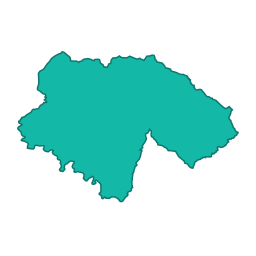 Thaba-Mokhele, Mohale's Hoek, Lesotho (Natural Earth projection), rotated 272°
{"feature_id": "5366337B93418008192528", "entity_name": "Thaba-Mokhele", "entity_type": "district", "adm_level": 2, "iso_a3": "LSO", "parent_name": "Lesotho", "parent_adm1": "Mohale's Hoek", "projection": "natural_earth1", "projection_center": [27.545, -30.078], "detail": "fine", "context": "isolated", "style": "filled", "palette": "teal", "viewbox_px": 256, "rotation_deg": 272, "n_neighbors": 0, "source": "geoboundaries", "source_scale": "gbopen_adm2", "svg_char_len": 5807}
<svg xmlns="http://www.w3.org/2000/svg" viewBox="0 0 256 256"><g transform="rotate(272 128 128)"><path d="M201.4,151.6L201.7,149.6L200.7,147.0L200.4,144.3L196.0,141.6L197.0,139.9L197.1,138.4L198.1,137.4L197.1,134.7L198.1,131.6L199.8,127.3L198.3,124.7L198.0,123.4L198.2,118.9L199.7,116.9L198.1,114.6L197.6,112.8L197.6,110.8L196.6,109.7L195.3,108.9L191.9,108.4L191.3,106.5L189.1,105.8L187.9,105.1L188.2,103.5L187.9,102.1L190.5,100.7L191.7,98.3L193.0,97.8L194.9,97.4L195.5,96.7L195.6,95.1L195.3,92.5L194.1,91.6L195.6,87.3L195.9,85.7L195.9,84.7L195.5,83.8L195.4,82.3L194.9,80.9L194.1,80.1L193.3,79.6L192.8,77.4L191.9,76.6L193.0,74.5L193.0,71.0L192.8,69.8L193.2,68.3L195.9,67.9L197.0,67.1L201.3,61.5L201.8,60.3L201.8,59.5L199.9,57.8L199.6,56.3L197.3,52.3L194.9,49.3L190.6,46.4L189.6,45.3L184.5,42.1L183.4,41.0L181.6,37.9L179.4,36.6L170.1,37.3L167.6,37.0L165.4,36.2L163.3,36.2L162.6,37.0L161.7,39.0L160.7,40.0L159.6,41.5L158.8,43.3L158.7,44.0L158.3,44.5L156.4,44.6L156.3,44.1L156.0,43.9L155.6,44.3L155.6,45.2L155.2,45.4L154.8,45.2L154.5,44.6L153.5,44.4L153.4,43.4L153.1,43.4L152.7,44.8L151.8,45.1L151.1,45.9L150.8,45.7L150.7,44.3L150.4,44.1L150.7,43.4L150.5,43.1L149.1,42.1L147.9,40.5L147.8,40.0L147.3,39.5L144.5,38.0L144.1,37.5L143.8,35.6L143.3,34.1L143.4,33.0L143.2,32.4L142.4,31.6L140.6,30.8L137.3,25.9L136.4,25.0L135.9,24.7L134.7,21.5L133.5,21.3L133.1,20.4L132.7,20.2L131.0,19.7L131.0,18.8L130.9,18.5L129.4,18.8L128.9,19.4L128.1,21.7L127.6,22.0L127.1,21.8L126.1,19.7L125.2,18.6L124.4,18.0L123.5,17.9L122.5,18.5L120.9,20.6L120.1,21.4L118.9,21.5L116.8,22.4L116.4,23.0L115.8,25.1L115.0,25.5L114.2,24.5L114.0,23.4L112.9,22.3L112.1,21.8L111.8,21.9L111.5,22.4L111.2,25.0L109.5,28.4L109.0,28.8L108.3,28.8L106.3,28.2L104.3,28.2L103.9,30.8L103.7,34.1L104.5,34.9L106.7,35.4L107.1,35.7L107.4,36.1L107.5,37.4L107.0,40.3L107.3,43.7L107.1,44.7L106.5,45.0L105.7,44.9L104.5,44.2L103.8,44.2L102.4,45.4L101.9,46.6L101.5,48.0L101.6,49.5L102.5,50.3L103.4,51.7L103.4,53.3L102.8,54.1L101.5,53.3L100.6,53.4L99.6,54.0L98.5,55.6L97.6,57.9L96.9,58.5L95.5,58.7L94.9,58.5L94.3,58.8L93.8,59.6L93.8,60.6L93.5,61.3L92.7,61.6L92.3,62.0L90.4,61.4L89.6,62.1L88.5,62.6L86.5,62.6L84.3,61.1L83.8,61.0L82.6,61.9L82.6,62.7L82.3,64.4L82.9,65.1L84.3,66.2L85.4,66.2L85.7,65.8L86.5,65.6L89.1,66.3L89.9,67.4L90.3,68.7L91.6,69.6L93.0,72.0L93.1,72.6L92.6,74.1L92.5,75.4L91.5,75.6L89.8,74.3L87.7,73.6L87.1,73.7L86.2,74.2L85.1,75.7L84.4,75.9L82.6,75.6L82.1,75.9L81.9,77.0L82.5,78.6L82.6,79.7L81.8,83.7L81.4,84.7L80.3,85.5L78.8,85.9L76.2,85.2L75.7,85.5L74.0,87.3L73.7,88.0L73.8,88.7L76.7,91.2L77.0,92.2L78.5,94.3L78.4,94.6L77.0,95.3L75.3,95.3L71.7,93.9L70.7,94.3L70.6,95.8L71.1,97.0L71.7,97.7L72.2,97.9L73.8,96.9L74.4,97.0L74.8,97.8L74.2,99.1L71.6,102.1L71.0,102.5L69.5,102.9L64.2,103.2L62.8,102.9L61.8,101.7L61.1,101.4L60.5,101.8L60.1,102.9L59.7,103.4L58.8,103.9L56.8,104.4L56.5,104.9L56.5,105.4L58.1,106.9L58.0,107.5L57.2,107.9L57.0,111.1L57.0,111.7L58.5,113.8L58.6,115.2L58.6,117.6L57.0,120.4L54.5,122.6L54.2,123.4L54.2,123.9L54.3,124.4L55.0,125.5L58.8,127.9L60.3,129.9L61.5,130.2L61.6,129.7L62.2,129.5L62.5,129.8L62.9,129.7L63.1,130.1L63.8,130.2L64.3,130.7L65.0,132.8L65.8,133.4L66.5,133.6L67.2,133.4L68.2,133.9L68.6,134.7L69.9,134.2L70.9,134.2L71.5,133.9L73.8,133.8L74.6,133.6L76.4,134.1L78.2,134.0L81.3,134.4L82.5,134.0L83.0,134.7L84.4,135.3L86.2,135.5L87.9,136.1L89.1,136.1L89.8,136.9L90.4,137.0L90.9,138.1L91.8,138.0L93.2,137.1L94.1,137.7L97.0,140.2L99.8,141.3L102.5,141.8L103.0,141.5L105.3,142.6L106.2,142.7L106.4,140.7L107.3,141.2L107.5,141.9L108.4,142.7L108.6,143.3L109.1,143.4L110.1,142.9L110.7,143.0L115.3,145.8L117.8,146.8L118.3,146.8L120.4,145.9L122.7,145.8L123.5,147.0L123.6,147.9L125.0,148.5L125.5,149.1L126.5,149.1L127.4,149.6L126.8,149.8L126.5,150.8L125.6,151.5L122.0,151.3L120.9,151.5L120.1,151.9L119.4,153.5L118.3,154.1L117.2,155.3L116.4,156.5L115.3,156.8L114.5,157.4L114.0,158.2L112.2,158.5L111.7,162.4L111.2,163.6L110.2,164.9L109.6,166.5L108.5,167.9L106.8,169.0L106.8,171.8L106.3,176.4L103.2,178.3L102.8,178.8L101.7,179.2L100.9,180.0L97.0,185.2L94.8,186.1L94.2,188.7L93.0,189.5L91.1,191.2L90.3,192.7L90.2,194.3L91.6,194.5L92.6,195.1L96.0,196.0L96.8,196.6L97.3,197.7L98.2,198.3L98.8,199.7L99.2,201.6L100.2,202.1L100.5,203.5L101.2,203.9L101.4,205.6L101.0,206.3L101.9,207.0L102.0,207.7L101.9,210.2L102.2,210.8L102.0,211.4L102.4,212.3L103.5,212.3L105.7,213.1L105.0,213.9L105.4,215.0L106.7,216.1L107.1,217.1L108.2,217.1L108.6,218.4L109.2,218.7L111.3,217.9L112.6,218.6L112.6,219.1L112.2,219.6L112.2,220.3L111.8,221.5L112.6,224.2L113.3,225.0L114.0,225.4L113.9,226.1L116.7,227.8L117.3,228.3L117.7,229.1L119.3,227.9L119.6,227.9L120.0,229.5L120.5,229.5L120.6,230.5L120.5,231.1L120.6,231.7L121.3,231.8L121.5,232.5L121.5,233.6L122.5,234.7L123.1,234.8L124.2,235.5L124.2,236.2L124.8,236.9L125.7,237.0L126.6,238.0L127.5,238.1L128.3,236.1L130.2,234.7L131.2,234.6L131.7,233.7L132.9,232.8L133.8,232.8L134.1,232.4L136.5,231.5L137.1,230.8L138.6,230.7L139.3,230.3L140.1,229.1L141.5,228.7L141.9,228.3L145.3,229.9L148.2,230.4L149.9,231.7L151.6,229.6L152.3,229.0L152.9,228.4L151.3,226.2L150.9,225.1L150.9,224.2L153.9,220.1L157.1,216.7L157.3,216.2L158.3,215.5L159.4,212.9L159.7,211.6L160.7,211.1L160.7,209.7L161.9,208.1L162.1,206.3L162.7,205.1L165.9,202.6L167.5,201.0L168.5,200.4L169.0,199.5L169.1,198.1L168.3,195.7L168.6,194.6L169.7,193.2L171.1,193.0L171.2,192.5L172.9,192.6L173.0,190.8L174.6,189.9L174.6,189.3L174.9,188.9L176.4,189.0L176.9,188.5L178.2,188.6L178.0,187.9L179.4,187.4L179.2,186.8L179.8,186.3L180.6,186.2L180.7,185.7L181.7,185.7L182.2,184.7L182.7,182.6L183.3,182.0L183.5,181.1L183.3,180.1L183.8,177.2L184.5,175.9L185.2,174.1L186.5,169.0L188.3,168.4L189.2,165.3L189.3,163.7L190.0,163.0L191.2,162.5L194.0,160.0L195.1,154.5L196.6,153.9L197.5,152.9L198.2,152.6L199.8,152.2L201.4,151.6Z" fill="#14b8a6" stroke="#0f766e" stroke-width="1.5"/></g></svg>